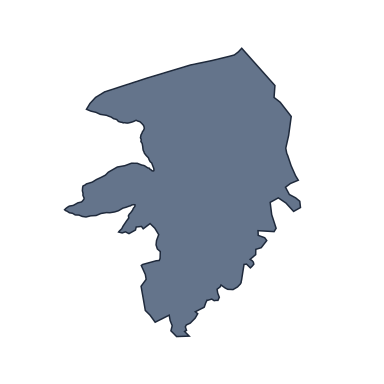 the district of Iwajowa, Oyo, Nigeria, rotated 64°
{"feature_id": "59680162B76564266679550", "entity_name": "Iwajowa", "entity_type": "district", "adm_level": 2, "iso_a3": "NGA", "parent_name": "Nigeria", "parent_adm1": "Oyo", "projection": "robinson", "projection_center": [3.013, 7.985], "detail": "fine", "context": "isolated", "style": "filled", "palette": "slate", "viewbox_px": 384, "rotation_deg": 64, "n_neighbors": 0, "source": "geoboundaries", "source_scale": "gbopen_adm2", "svg_char_len": 3146}
<svg xmlns="http://www.w3.org/2000/svg" viewBox="0 0 384 384"><g transform="rotate(64 192 192)"><path d="M320.3,257.7L314.1,259.8L314.0,257.6L310.3,257.1L309.0,255.4L309.1,251.1L306.8,244.5L303.9,240.2L301.1,241.5L300.9,231.5L297.7,228.3L295.8,225.9L296.2,225.4L296.9,221.2L299.4,219.7L299.9,218.0L300.8,216.2L298.6,213.6L294.1,213.2L290.4,212.1L289.6,208.2L288.3,206.7L292.8,204.3L295.1,202.6L297.7,197.9L297.3,192.7L296.5,190.6L295.9,188.9L295.0,187.6L294.0,187.0L292.8,186.0L279.9,177.0L280.4,175.6L280.7,174.6L285.8,172.8L285.1,170.6L284.0,168.1L282.0,167.6L280.2,168.0L278.0,169.3L276.2,162.2L271.5,159.8L272.4,154.2L268.4,146.1L265.0,146.7L260.0,151.5L255.7,149.6L263.6,135.6L261.5,132.3L247.3,130.3L235.6,126.3L235.1,117.0L243.1,112.4L254.0,109.2L253.5,101.3L247.6,99.2L242.7,101.4L236.9,105.6L228.7,105.9L227.5,99.8L228.0,91.3L222.8,91.8L211.8,91.4L201.3,90.0L198.8,89.9L193.7,88.5L183.6,80.4L167.6,69.7L150.0,73.4L143.0,76.8L132.7,70.8L84.6,84.3L86.4,89.0L87.4,93.9L87.3,94.2L87.3,94.4L86.4,99.0L82.6,116.4L80.9,123.1L77.2,137.5L70.0,181.7L63.7,226.6L64.7,237.2L67.7,244.9L71.4,250.6L75.0,247.4L78.3,243.4L82.0,240.4L85.6,235.2L87.4,233.6L89.2,231.8L91.8,230.3L92.9,228.9L93.9,227.9L96.3,227.2L97.3,226.2L98.1,225.3L98.8,224.2L99.7,223.6L99.8,223.1L100.3,221.9L101.0,221.1L101.9,219.5L102.5,217.0L102.9,214.7L103.0,213.2L103.0,210.8L104.1,210.0L104.9,209.2L106.0,208.0L108.0,207.2L110.3,206.5L111.7,206.4L113.8,206.9L115.1,208.2L116.2,210.2L117.2,211.2L118.4,212.9L119.7,213.8L120.7,214.6L122.5,214.6L124.3,215.8L126.5,215.5L129.7,216.4L131.8,217.2L133.4,217.6L134.9,217.5L135.8,217.8L137.7,217.5L139.4,217.1L142.1,216.2L144.1,216.4L146.5,216.3L148.2,215.5L151.3,215.8L154.0,216.0L155.7,216.6L156.2,217.2L156.0,217.9L155.2,218.8L154.0,219.1L153.2,219.8L152.0,219.9L151.0,221.1L149.8,221.9L148.3,222.7L147.1,223.6L145.7,225.4L142.2,228.6L139.6,233.8L138.9,240.8L136.8,248.2L137.5,258.5L138.9,262.5L139.0,267.4L138.9,272.5L139.4,277.3L138.8,281.2L138.4,283.4L138.8,284.9L138.8,287.3L139.8,288.2L142.8,290.0L145.3,290.5L147.2,291.5L148.9,291.6L150.0,291.6L150.9,292.1L151.6,293.3L152.2,294.6L152.5,295.8L151.7,299.3L152.0,304.6L150.9,308.5L151.1,310.6L151.5,312.6L152.1,314.3L153.4,313.7L154.5,312.7L156.9,311.3L158.8,308.7L161.4,307.0L163.2,303.7L165.9,301.3L168.0,298.2L169.0,293.5L171.1,288.5L171.4,283.3L173.0,277.9L174.6,275.0L176.0,270.3L176.6,266.4L176.2,261.2L176.8,258.0L177.2,254.2L177.5,253.3L177.3,252.4L177.3,251.6L177.5,251.0L177.7,250.2L178.1,249.4L178.6,248.9L178.7,249.0L179.2,249.2L179.9,249.7L180.3,250.3L180.7,251.4L181.2,252.2L182.1,253.1L183.8,256.3L184.4,258.0L185.5,259.6L187.6,260.2L189.3,263.5L192.5,269.0L194.2,271.2L195.2,274.3L195.8,275.5L198.2,272.7L198.6,269.3L201.8,266.9L201.4,259.5L199.0,257.5L200.8,252.5L203.7,252.0L202.0,243.5L208.2,241.3L215.7,240.6L220.1,245.2L223.8,247.5L227.3,248.0L228.0,248.1L231.6,246.6L237.7,249.8L239.2,251.5L238.1,254.3L235.5,268.1L235.8,269.8L245.7,270.1L250.4,271.5L254.4,279.1L267.3,282.8L278.0,285.9L284.3,283.7L292.9,282.2L292.7,266.5L298.0,268.0L303.5,268.4L307.5,271.8L315.2,269.2L317.5,264.0L320.3,257.7Z" fill="#64748b" stroke="#1e293b" stroke-width="1.5"/></g></svg>